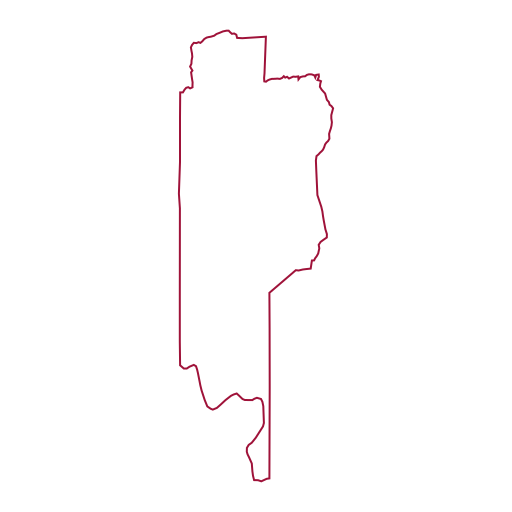 Crato, Ceará, Brazil (Equal Earth projection)
{"feature_id": "56859067B48874819584057", "entity_name": "Crato", "entity_type": "district", "adm_level": 2, "iso_a3": "BRA", "parent_name": "Brazil", "parent_adm1": "Ceará", "projection": "equal_earth", "projection_center": [-39.462, -7.289], "detail": "fine", "context": "isolated", "style": "outline", "palette": "rose", "viewbox_px": 512, "rotation_deg": 0, "n_neighbors": 0, "source": "geoboundaries", "source_scale": "gbopen_adm2", "svg_char_len": 2289}
<svg xmlns="http://www.w3.org/2000/svg" viewBox="0 0 512 512"><path d="M326.8,237.5L326.9,234.1L325.4,229.3L323.7,220.2L323.0,216.0L322.4,211.5L321.3,206.8L317.4,195.1L317.0,186.2L316.3,170.8L315.9,160.5L316.5,156.1L318.5,154.4L320.1,152.6L321.7,151.2L323.0,149.7L324.1,147.4L325.1,144.4L326.4,142.6L328.1,141.0L329.4,138.7L329.1,133.9L329.9,131.1L330.8,128.5L331.5,125.7L331.9,122.2L331.3,118.3L331.3,115.1L333.1,108.3L331.4,106.0L329.6,104.7L328.9,102.1L326.9,99.8L325.1,93.5L321.6,89.6L319.9,86.8L320.3,83.5L321.0,81.2L319.4,80.5L317.5,80.1L318.9,76.8L318.7,74.5L316.1,74.9L315.3,77.5L314.3,75.3L311.7,74.4L309.0,74.3L306.9,74.9L305.1,76.3L303.0,76.4L300.3,77.1L298.5,79.4L298.2,76.4L295.7,76.8L293.2,76.6L291.2,77.5L289.0,78.5L287.1,76.8L285.2,77.6L283.8,76.2L282.2,77.9L279.9,78.9L277.3,78.6L275.1,78.8L271.8,78.9L269.4,79.6L267.5,80.5L266.0,81.7L264.3,81.4L264.1,78.0L264.5,73.4L265.9,36.7L242.3,38.2L237.1,37.9L236.3,34.7L234.2,33.5L231.9,33.8L230.1,32.2L228.7,30.7L226.4,30.7L223.0,31.4L219.4,32.9L216.5,34.0L214.2,35.7L210.9,36.7L208.5,37.1L206.6,37.6L204.3,39.0L202.2,41.4L200.4,42.9L198.6,42.2L196.4,43.1L193.8,42.8L192.0,45.0L190.9,47.4L191.5,51.0L192.0,53.4L192.3,56.9L191.6,60.3L191.4,63.8L190.1,66.6L192.4,70.6L191.1,72.3L191.6,75.9L192.1,79.4L192.6,82.3L192.5,85.0L192.5,87.3L190.1,88.4L188.3,87.2L186.2,87.8L184.6,89.6L182.9,92.4L180.2,92.4L180.0,117.0L180.0,130.2L180.0,133.6L180.0,162.1L178.9,193.7L179.9,208.4L179.8,298.4L179.8,341.4L180.1,365.3L183.8,368.5L186.8,368.5L189.5,366.7L193.8,364.9L196.0,366.2L197.1,369.5L197.9,372.9L199.6,381.5L200.3,385.2L201.6,390.5L204.7,400.0L207.3,406.4L210.6,408.7L212.8,409.6L216.9,407.9L220.2,405.0L225.5,400.1L231.0,395.8L233.6,394.5L236.7,393.5L239.1,395.7L242.5,399.0L244.8,400.0L252.3,400.1L254.3,398.8L256.9,397.8L261.0,399.0L262.4,401.8L263.3,406.2L263.9,423.0L263.0,426.4L255.8,437.7L251.7,442.8L248.7,444.9L246.9,447.9L246.8,451.8L247.6,454.4L249.0,457.2L251.8,463.5L252.4,471.3L253.0,475.7L254.1,480.1L258.0,480.2L261.3,481.3L266.7,478.8L269.4,478.4L269.7,387.2L269.6,328.5L269.4,292.8L295.8,270.2L298.6,270.5L302.8,269.5L305.9,269.1L310.7,268.6L311.9,260.5L314.1,260.4L315.1,258.3L316.7,256.2L318.2,253.5L319.3,248.3L318.7,244.8L320.6,241.9L323.6,239.7L326.8,237.5Z" fill="none" stroke="#9f1239" stroke-width="2"/></svg>